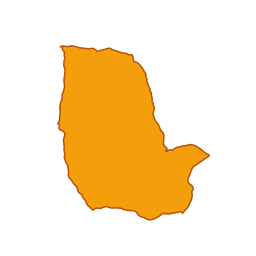 the district of Palmas Del Socorro, Santander, Colombia, rotated 254°
{"feature_id": "7082276B11851573676927", "entity_name": "Palmas Del Socorro", "entity_type": "district", "adm_level": 2, "iso_a3": "COL", "parent_name": "Colombia", "parent_adm1": "Santander", "projection": "orthographic", "projection_center": [-73.283, 6.386], "detail": "fine", "context": "isolated", "style": "filled", "palette": "amber", "viewbox_px": 256, "rotation_deg": 254, "n_neighbors": 0, "source": "geoboundaries", "source_scale": "gbopen_adm2", "svg_char_len": 5743}
<svg xmlns="http://www.w3.org/2000/svg" viewBox="0 0 256 256"><g transform="rotate(254 128 128)"><path d="M31.0,156.9L31.3,157.3L31.5,157.8L31.7,158.0L32.1,158.6L32.3,159.0L32.6,159.4L33.2,160.4L34.2,162.1L34.4,162.4L34.7,162.9L35.7,164.0L38.1,166.2L39.0,166.9L40.4,168.1L41.7,169.2L43.0,170.0L44.0,170.6L46.3,171.3L47.8,171.6L48.5,171.7L48.9,171.7L49.5,172.0L49.8,172.3L50.2,172.8L50.7,173.3L51.3,173.8L51.9,174.0L52.3,174.0L53.6,173.9L54.6,173.7L55.5,173.3L57.2,171.9L57.8,171.4L58.4,171.1L59.0,170.9L59.4,170.8L59.8,170.9L60.9,171.0L61.8,171.4L62.7,171.9L63.8,172.6L65.4,174.0L68.8,176.5L69.8,177.2L70.6,177.7L71.6,178.6L71.9,179.0L72.4,179.7L72.8,180.4L73.4,182.0L73.9,183.8L74.2,184.6L74.5,185.6L74.9,186.6L75.4,187.9L76.0,189.7L76.3,190.8L77.1,192.9L77.6,194.6L77.8,195.2L78.0,195.9L78.4,197.3L78.9,198.3L79.3,198.5L79.7,198.5L80.1,198.3L80.7,197.4L80.9,197.0L81.3,196.4L81.9,196.0L82.3,195.8L83.9,194.5L84.7,194.0L87.0,192.6L87.9,191.9L88.6,191.3L89.5,190.5L90.9,189.1L91.6,188.3L92.3,187.7L93.4,186.3L93.8,185.6L94.5,184.5L94.7,184.1L94.8,183.6L95.0,182.0L95.0,181.0L95.0,180.1L95.1,179.1L95.2,178.2L95.6,176.3L95.6,174.6L95.7,173.0L95.8,170.7L95.8,170.0L95.8,169.1L95.5,167.6L95.3,166.9L95.2,166.3L94.9,165.8L94.5,165.3L94.4,165.1L94.5,164.9L94.6,164.5L95.1,163.2L95.4,162.3L95.4,161.8L95.4,160.6L95.3,160.3L95.1,159.4L94.8,158.4L94.8,158.1L95.5,158.0L95.8,158.1L96.0,158.3L96.3,158.8L96.5,159.2L96.7,159.5L97.0,159.6L97.7,159.8L98.3,159.6L99.1,159.1L100.6,158.1L101.0,158.0L102.3,157.8L103.1,157.9L103.9,158.0L104.8,158.4L105.7,158.6L107.0,159.1L108.0,159.5L109.7,160.2L110.5,160.4L111.8,160.5L112.9,160.5L113.6,160.5L114.4,160.2L114.9,159.8L115.3,159.5L115.9,159.2L117.1,159.0L118.2,158.6L121.7,158.3L122.2,158.3L123.4,157.9L124.9,157.3L127.3,156.4L128.5,156.1L129.2,156.1L130.4,156.1L131.6,155.7L132.2,156.0L132.9,156.0L133.6,155.9L134.1,155.8L135.1,156.0L136.0,156.6L137.1,157.4L138.6,158.1L139.9,158.7L141.3,158.9L142.5,158.7L144.6,158.9L146.1,158.8L146.8,158.6L147.8,158.7L148.9,159.1L149.7,159.4L150.9,159.5L152.2,159.5L153.3,159.6L154.0,159.7L155.2,160.1L155.3,160.1L155.7,160.0L156.0,159.9L156.5,159.7L157.1,159.6L157.7,159.7L158.2,159.8L158.9,159.8L159.7,159.9L160.2,159.7L161.1,159.7L162.2,159.5L164.1,159.2L166.5,159.1L167.5,158.9L168.1,159.1L168.7,159.4L169.8,159.6L170.3,159.6L170.6,159.4L170.9,159.2L171.3,159.2L171.8,159.2L172.1,159.5L172.7,159.6L173.8,159.6L174.2,159.9L174.8,160.1L175.7,160.0L177.3,159.5L178.2,159.1L179.3,159.0L180.6,158.6L182.0,158.2L182.9,157.8L185.0,157.0L187.3,155.6L188.5,154.7L189.0,153.9L189.3,153.3L190.2,152.3L191.0,152.0L191.7,152.0L193.0,152.1L193.9,152.2L196.3,152.3L196.8,152.2L197.3,152.0L197.5,151.4L197.7,150.1L198.1,149.2L198.6,148.3L199.1,147.8L199.6,147.6L200.0,147.2L200.4,146.5L201.1,144.8L201.4,143.9L202.8,141.7L203.5,140.6L204.3,139.2L205.2,138.3L205.8,137.4L206.4,136.4L207.3,135.0L207.9,134.3L208.4,133.8L208.9,133.4L209.2,133.2L209.5,133.0L209.7,132.1L210.1,130.5L210.2,129.6L210.1,128.8L210.0,127.9L209.9,127.2L209.9,126.6L210.1,125.3L210.1,124.3L210.2,123.2L210.1,121.4L210.1,120.9L210.2,119.9L210.3,119.6L211.0,119.1L211.7,118.8L212.1,118.4L213.1,117.6L213.7,116.9L214.1,116.3L214.4,115.6L214.6,114.9L214.7,113.4L214.8,112.5L215.1,111.5L215.5,110.6L215.8,110.1L216.3,108.9L216.8,107.6L217.3,106.4L218.3,104.0L218.8,102.9L219.3,102.2L219.9,101.3L220.3,100.8L220.8,99.8L221.6,98.5L222.1,97.3L222.6,96.5L222.7,95.8L222.5,94.8L222.5,94.2L222.7,93.5L223.3,91.6L223.7,90.5L224.1,89.3L224.5,88.6L224.7,87.8L224.8,87.3L225.0,86.8L225.0,86.4L224.9,85.9L224.7,85.6L224.3,86.6L223.7,87.2L223.2,87.1L222.1,86.7L221.3,86.7L220.6,86.9L219.5,87.3L218.3,87.6L217.2,87.5L216.6,87.3L216.0,87.0L215.5,86.7L214.7,86.5L213.5,86.6L212.7,86.8L212.2,86.6L211.6,86.1L210.9,85.4L209.4,84.8L207.0,83.9L204.9,83.4L204.0,83.5L202.9,83.7L201.5,83.5L198.6,82.6L196.3,81.6L194.3,80.8L191.8,79.6L189.1,79.1L187.4,78.9L185.7,78.5L184.0,77.8L182.9,77.1L182.4,76.7L181.4,76.4L180.7,75.8L179.6,74.9L178.5,73.9L178.0,73.8L176.4,73.6L175.5,73.1L174.7,72.9L173.5,72.2L173.0,71.5L171.7,70.8L168.9,69.1L167.8,68.5L167.5,68.5L166.7,68.6L166.5,68.3L166.2,67.9L165.7,67.8L165.4,67.8L165.3,68.2L161.9,67.2L158.2,65.7L156.3,64.9L155.2,64.8L153.4,63.9L152.2,62.5L151.5,61.7L151.0,62.3L150.4,62.7L149.6,62.8L147.1,61.7L146.2,61.6L145.0,62.2L142.7,64.8L141.8,65.2L140.7,65.7L139.6,65.7L137.9,64.9L136.4,63.9L134.7,62.9L132.5,62.3L131.1,62.1L128.3,61.7L125.8,60.8L124.6,60.5L120.9,60.1L119.7,59.7L117.5,58.7L116.6,58.6L114.9,58.7L112.6,58.8L112.0,58.8L109.9,59.4L108.4,59.6L105.9,59.3L104.0,59.2L102.1,58.7L100.5,58.2L98.8,57.6L97.6,57.5L96.6,57.7L95.1,58.4L93.4,59.2L91.0,59.9L89.4,60.4L87.9,61.3L86.6,62.0L85.7,62.4L84.5,62.6L83.4,62.7L82.0,62.6L81.0,62.5L80.5,62.5L79.0,63.2L77.8,64.3L77.0,65.1L76.8,65.4L76.6,65.4L76.1,65.3L74.7,65.3L73.0,65.6L71.7,66.2L70.1,67.1L69.0,67.4L68.7,67.4L68.3,67.2L67.8,67.2L67.1,67.4L66.6,67.6L65.7,67.6L64.9,68.0L63.6,68.7L62.0,69.6L60.9,70.3L59.7,70.9L58.8,71.6L59.3,73.2L59.6,74.4L59.7,75.2L59.5,76.3L58.7,78.0L58.5,78.4L58.3,79.3L58.4,81.1L58.6,83.2L58.5,84.4L58.4,85.4L57.6,87.0L56.8,88.1L56.2,89.0L55.7,90.1L55.2,91.6L54.7,93.6L54.5,94.5L54.3,95.3L54.0,95.9L53.6,96.6L53.5,97.0L53.3,97.9L52.8,99.1L52.0,100.1L50.6,101.8L49.4,104.1L48.2,106.8L47.1,110.0L46.1,111.9L44.8,112.8L42.1,113.7L41.3,114.3L40.7,114.6L40.0,114.9L39.4,115.7L38.9,116.5L37.6,118.4L36.9,119.4L35.2,120.9L34.0,122.7L33.7,123.7L33.5,124.8L33.5,127.7L33.7,129.3L34.4,133.1L35.6,135.9L35.9,136.6L35.9,138.6L35.8,139.3L35.5,140.2L35.1,140.9L34.7,142.0L34.4,142.9L34.0,144.2L33.9,145.2L33.9,146.5L33.7,147.9L33.7,149.2L33.5,150.2L33.4,151.3L33.2,152.0L33.1,152.9L33.2,153.8L33.2,154.4L33.2,154.8L33.2,155.3L32.9,155.7L32.4,156.2L31.3,156.8L31.0,156.9Z" fill="#f59e0b" stroke="#b45309" stroke-width="1.5"/></g></svg>